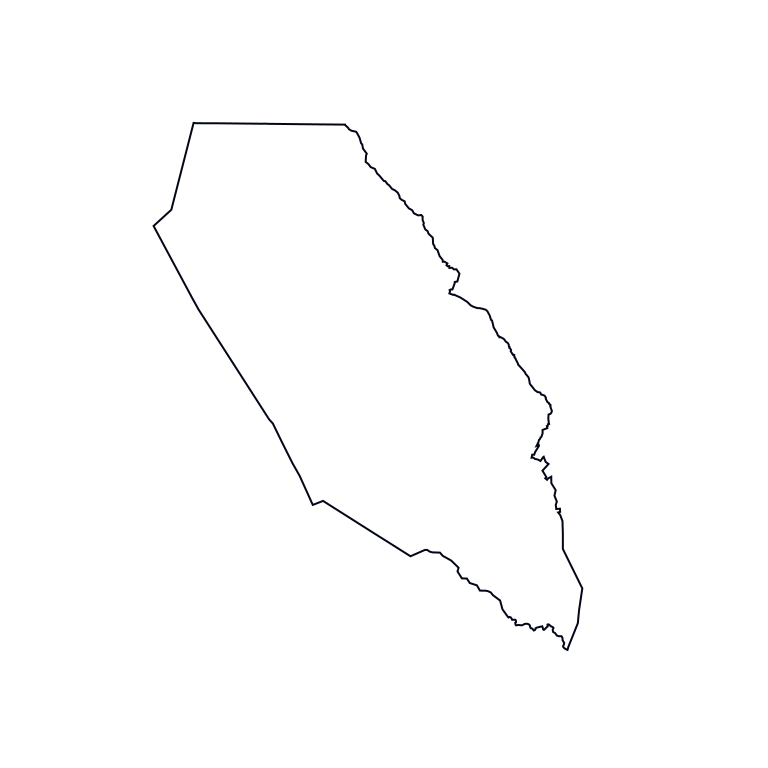 outline of Santiago Tenango, Oaxaca, Mexico, rotated 145°
{"feature_id": "50627088B72964972747290", "entity_name": "Santiago Tenango", "entity_type": "district", "adm_level": 2, "iso_a3": "MEX", "parent_name": "Mexico", "parent_adm1": "Oaxaca", "projection": "orthographic", "projection_center": [-97.014, 17.298], "detail": "fine", "context": "isolated", "style": "outline", "palette": "ink", "viewbox_px": 768, "rotation_deg": 145, "n_neighbors": 0, "source": "geoboundaries", "source_scale": "gbopen_adm2", "svg_char_len": 3900}
<svg xmlns="http://www.w3.org/2000/svg" viewBox="0 0 768 768"><g transform="rotate(145 384 384)"><path d="M267.1,618.8L300.7,642.8L331.1,664.6L331.3,664.9L335.4,667.7L369.5,692.1L388.2,705.3L390.2,707.1L458.3,648.7L482.1,645.6L484.7,623.9L491.8,564.5L493.2,551.1L498.4,420.8L497.7,415.4L501.1,394.0L504.4,371.6L505.8,357.0L511.7,325.8L501.0,323.2L484.8,284.3L479.1,270.6L475.4,261.8L461.1,227.7L445.6,224.6L443.7,223.2L442.8,220.6L440.9,218.3L434.9,213.8L434.4,209.4L430.2,200.8L428.3,190.7L431.3,188.3L431.7,180.1L427.7,177.1L427.9,171.8L423.4,165.8L423.9,159.7L419.7,156.7L417.9,155.0L416.1,152.1L415.9,148.6L413.1,140.0L416.2,131.5L416.1,122.8L416.0,121.4L415.4,121.3L415.2,121.3L414.7,121.1L414.1,120.2L414.0,118.9L414.2,117.9L414.3,117.4L413.8,117.0L411.8,115.7L411.6,115.2L411.9,114.0L412.2,113.6L412.6,113.1L413.0,113.1L413.5,113.1L414.2,111.6L414.3,110.7L413.6,110.2L412.2,109.6L409.7,107.4L408.4,107.0L407.3,106.9L406.3,106.7L405.5,106.3L404.5,105.6L403.8,105.0L403.2,103.9L403.0,102.7L403.8,100.7L403.7,99.6L403.0,98.9L402.7,97.6L402.7,96.2L401.6,95.9L400.7,96.2L399.9,97.0L398.6,96.8L393.4,94.8L393.5,94.0L394.4,91.7L394.3,91.1L393.8,90.8L391.5,91.2L389.8,91.5L389.0,91.5L388.1,93.1L387.6,93.1L386.9,92.5L386.1,89.4L385.2,88.1L385.1,86.9L386.6,86.1L387.4,84.7L387.7,83.8L386.8,82.1L386.7,80.9L386.7,78.9L385.7,77.3L383.3,75.6L383.3,74.6L383.6,73.3L384.7,71.7L384.9,68.7L385.3,68.1L386.3,67.3L387.5,66.7L388.0,66.1L387.8,64.0L386.3,60.9L386.1,60.9L385.7,61.3L383.8,62.9L362.4,76.9L356.7,83.6L353.7,87.1L338.8,102.8L332.1,146.3L323.4,158.7L316.4,169.4L314.8,175.7L315.0,178.9L313.1,178.2L311.4,180.9L314.6,182.8L312.6,186.5L309.9,188.5L308.4,194.8L304.3,198.5L303.8,206.8L300.2,212.1L303.8,212.5L305.4,212.0L306.0,214.2L304.4,214.7L303.9,222.1L295.1,224.1L296.3,227.5L294.9,232.8L295.4,232.8L300.0,231.2L301.3,233.9L303.3,236.0L303.9,238.0L305.4,239.0L303.1,241.1L301.5,239.9L299.2,241.6L292.6,244.4L292.2,245.3L294.5,245.8L290.7,247.9L289.1,249.3L287.8,249.5L286.4,250.4L285.2,250.5L282.3,252.7L280.5,255.4L275.5,254.2L274.7,256.0L274.2,255.6L272.5,257.1L271.7,256.6L270.7,258.8L269.0,261.8L266.7,264.6L264.8,264.1L263.6,264.4L262.0,265.5L261.1,268.6L260.5,270.6L260.0,270.7L259.6,271.6L260.2,273.2L259.8,274.1L260.5,275.2L260.0,279.2L259.2,279.9L259.2,282.5L260.0,283.7L261.3,285.2L260.9,287.4L262.9,289.4L264.0,292.5L264.2,297.6L264.4,298.4L264.3,300.9L263.3,302.8L261.8,306.4L262.0,309.7L262.2,310.6L261.8,312.9L262.7,321.0L263.0,322.7L262.6,323.8L262.0,328.1L261.6,329.8L261.9,330.8L261.1,332.0L261.5,333.2L260.8,333.4L261.6,334.7L261.4,338.2L260.4,339.0L260.3,340.8L260.6,341.6L259.9,342.3L260.2,342.9L259.3,344.7L259.0,346.3L259.9,348.8L260.0,352.2L261.8,355.8L262.7,356.1L262.4,357.2L262.9,358.3L262.2,361.1L261.7,367.5L260.0,371.7L259.1,374.1L259.5,374.9L259.2,376.3L258.1,379.6L257.9,381.6L257.6,384.0L257.6,384.3L258.0,386.4L260.4,389.4L262.4,391.5L263.9,392.5L264.8,393.7L266.6,396.2L267.9,398.8L268.7,403.4L271.9,411.2L274.4,415.3L275.3,417.0L276.2,417.3L278.5,420.7L276.7,422.1L276.4,423.3L275.2,423.2L273.7,422.2L268.4,425.9L267.5,427.0L265.1,425.9L258.9,431.1L258.9,436.5L261.0,437.7L261.5,440.1L263.9,441.6L262.9,443.2L264.3,443.9L264.7,445.4L262.9,446.4L264.4,449.7L265.7,450.4L264.8,452.1L265.1,456.8L263.4,463.0L264.3,466.1L263.4,468.7L263.5,470.4L260.1,475.9L260.7,478.6L261.3,481.5L260.6,484.2L261.5,486.9L260.4,492.0L259.1,492.9L258.3,496.2L256.3,499.0L256.5,501.0L259.3,502.5L261.6,506.7L261.3,509.4L261.4,510.6L262.9,513.6L263.3,519.5L262.3,521.7L263.9,524.8L264.5,527.3L263.5,529.2L263.0,532.9L264.0,536.5L265.5,539.1L265.9,544.3L266.5,545.6L266.6,549.4L267.7,550.4L268.3,557.7L268.9,560.4L268.1,565.5L270.5,569.3L270.6,572.8L271.6,576.5L267.7,581.4L266.0,582.6L266.2,588.6L265.3,590.9L264.4,592.8L264.7,594.2L262.8,599.7L262.1,605.1L262.2,606.7L265.3,610.0L266.5,612.6L266.5,615.0L267.3,618.1L267.1,618.8Z" fill="none" stroke="#020617" stroke-width="2"/></g></svg>